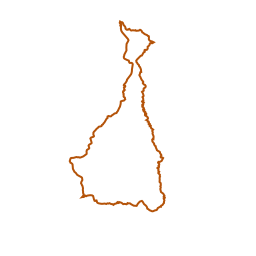 Calarca, Quindío, Colombia (Albers equal-area conic projection), rotated 132°
{"feature_id": "7082276B90066028966732", "entity_name": "Calarca", "entity_type": "district", "adm_level": 2, "iso_a3": "COL", "parent_name": "Colombia", "parent_adm1": "Quindío", "projection": "albers", "projection_center": [-75.682, 4.454], "detail": "fine", "context": "isolated", "style": "outline", "palette": "amber", "viewbox_px": 256, "rotation_deg": 132, "n_neighbors": 0, "source": "geoboundaries", "source_scale": "gbopen_adm2", "svg_char_len": 5841}
<svg xmlns="http://www.w3.org/2000/svg" viewBox="0 0 256 256"><g transform="rotate(132 128 128)"><path d="M192.3,147.6L192.0,146.6L192.0,145.4L192.2,144.8L195.2,141.6L196.4,138.5L196.3,136.8L196.8,134.4L196.3,132.0L195.8,130.2L195.7,129.1L195.8,128.8L197.2,127.1L199.3,126.6L200.5,125.9L201.0,124.4L201.4,123.8L201.5,123.1L202.0,122.4L202.9,121.1L204.2,120.2L205.5,118.6L206.3,118.0L206.9,116.6L207.4,116.3L208.8,115.9L210.1,115.9L209.4,115.4L209.0,114.8L208.7,114.7L208.0,114.5L207.2,114.8L206.9,114.7L206.8,113.8L206.5,113.3L205.6,113.1L204.6,112.3L203.1,111.0L202.1,109.6L201.9,108.4L203.9,105.4L204.5,104.1L204.1,103.5L203.2,103.3L202.9,102.9L204.0,101.1L203.9,100.2L203.6,99.4L202.2,97.1L201.4,96.2L199.7,94.7L199.0,93.3L197.8,92.9L197.3,92.0L196.3,91.5L195.8,89.7L194.4,87.7L194.5,87.6L194.9,87.8L194.9,87.4L194.5,87.3L193.9,87.3L193.3,87.2L192.5,86.5L192.1,86.3L190.2,86.2L189.7,86.0L189.7,85.7L190.7,85.6L190.6,85.2L189.6,84.6L188.7,84.6L187.9,82.7L187.8,80.6L186.7,79.8L185.6,78.0L185.1,77.9L184.1,78.1L183.7,77.2L183.0,76.5L182.6,75.8L182.6,74.8L181.9,71.8L180.1,69.5L177.7,70.0L175.2,70.0L174.4,69.8L172.9,68.9L172.9,68.0L173.8,65.2L173.7,62.9L173.9,61.6L174.3,60.6L175.0,59.8L175.0,59.4L174.7,58.6L174.7,56.9L174.2,55.9L174.1,55.1L173.6,54.2L173.1,53.7L170.9,52.7L170.4,52.2L169.8,51.9L169.2,51.8L167.6,52.3L164.9,51.4L164.5,50.9L164.1,51.3L163.5,51.4L162.4,50.9L161.4,50.9L160.2,51.2L159.6,51.1L158.8,51.9L157.3,52.6L156.7,54.1L155.4,53.9L155.1,54.0L154.9,54.5L155.4,55.1L155.4,55.4L155.1,55.6L153.8,55.8L153.7,56.6L153.2,57.8L153.4,59.7L153.5,60.6L153.3,60.9L151.7,63.2L150.4,63.8L150.0,64.1L149.7,65.0L148.6,65.3L147.2,66.7L147.0,67.3L147.1,68.1L146.8,68.6L145.0,70.0L144.0,71.1L143.2,71.6L142.8,71.6L142.6,72.1L141.4,73.0L141.3,75.2L140.8,75.6L140.0,75.4L139.6,75.5L139.6,76.8L138.0,77.9L138.2,79.0L138.1,79.4L137.8,79.5L136.7,79.2L136.2,78.9L135.6,79.5L135.4,80.2L134.4,80.2L133.8,80.8L133.7,82.4L133.5,82.6L132.7,82.7L131.9,81.7L130.0,81.0L126.8,81.8L126.9,82.7L127.8,83.6L127.8,84.2L127.1,84.8L126.0,84.9L125.6,85.5L125.4,86.8L125.2,87.4L124.6,88.1L124.5,88.6L124.9,90.1L125.1,91.7L124.2,93.3L124.0,94.1L123.0,95.2L123.2,95.8L122.8,97.5L122.1,98.2L121.7,100.8L120.5,102.2L119.4,102.3L119.2,101.7L117.4,103.1L116.9,103.7L115.8,106.0L114.6,106.7L114.0,108.0L113.5,108.3L112.4,108.2L112.4,109.4L112.7,110.5L112.2,111.3L112.0,112.2L111.2,112.4L111.0,112.6L111.1,112.9L111.8,113.3L110.4,114.4L110.5,114.9L111.3,115.0L111.3,115.3L110.9,115.6L110.0,116.0L109.5,116.8L110.1,117.6L109.3,118.4L109.3,118.7L109.7,119.6L108.8,119.4L108.0,119.4L107.4,119.6L107.2,119.9L106.9,120.5L106.8,121.6L107.1,123.3L106.3,123.2L106.0,123.4L106.6,124.1L106.6,124.4L105.9,125.0L105.3,124.4L105.1,124.4L105.1,125.7L104.7,125.6L104.5,125.8L104.5,126.2L105.0,127.0L104.8,127.5L104.9,128.2L104.8,128.3L103.7,127.9L103.5,128.0L103.4,128.3L103.9,128.9L104.0,129.3L103.8,129.4L103.2,129.2L102.7,129.4L102.4,130.3L102.6,131.6L101.6,131.8L101.5,132.8L101.3,132.9L100.8,132.3L100.5,132.3L99.6,132.9L99.3,133.9L99.1,133.9L98.6,133.4L98.4,133.4L98.4,133.7L98.9,134.6L98.9,135.3L98.5,135.4L97.7,134.9L97.2,135.0L96.4,136.1L95.7,136.7L95.4,137.9L95.2,138.0L94.0,137.8L93.5,138.1L92.2,140.3L91.8,141.8L91.4,141.8L89.9,141.3L89.5,141.5L88.9,142.3L88.3,142.7L87.6,142.7L86.3,142.3L85.5,142.5L85.0,142.9L84.6,144.0L85.0,145.3L84.9,146.5L84.7,147.1L83.8,147.3L83.4,147.7L83.0,150.3L81.7,153.2L81.2,154.8L81.0,155.0L79.6,155.4L79.1,155.8L78.4,156.1L78.0,156.2L77.5,155.7L75.8,157.6L74.7,159.8L74.7,160.9L73.9,162.1L73.9,163.7L73.4,165.0L73.4,165.7L72.5,166.9L71.1,167.1L66.5,166.9L65.5,166.7L64.9,166.2L64.7,166.2L61.3,167.0L60.7,166.6L60.3,166.5L59.8,166.8L59.4,167.6L59.1,167.8L58.6,167.7L57.4,166.4L56.9,166.3L55.8,166.5L54.4,167.8L53.1,167.5L52.0,167.6L51.5,167.7L50.7,168.3L50.4,168.3L49.8,168.0L48.8,166.7L47.1,166.2L47.6,168.1L48.3,169.4L48.5,170.2L48.5,170.9L48.1,171.9L46.4,173.3L45.9,173.9L45.9,174.3L46.3,174.9L46.2,176.0L46.5,176.8L47.1,178.6L47.1,180.3L47.4,181.4L46.8,182.6L46.7,184.2L47.0,184.8L48.3,185.1L49.7,186.4L50.3,187.0L50.3,187.8L50.7,187.9L52.3,190.0L53.2,190.6L53.6,191.4L53.4,193.3L53.9,193.6L55.0,193.8L55.1,194.2L55.7,194.5L55.8,194.7L55.9,195.5L55.8,196.4L55.2,196.9L54.6,198.1L54.4,200.1L53.3,202.3L53.4,203.3L54.1,204.0L54.2,205.1L55.4,204.5L55.6,204.0L55.6,202.8L55.9,202.1L56.6,201.7L55.9,202.4L56.2,202.4L56.7,202.0L57.0,202.2L57.2,201.8L56.9,201.4L59.0,199.7L60.2,198.1L60.8,196.2L61.9,187.7L62.4,186.4L63.5,186.0L66.5,185.3L69.4,183.0L71.4,181.0L76.0,179.8L76.8,179.2L77.9,178.8L78.6,178.0L78.8,177.4L78.8,176.8L78.1,174.3L77.4,172.5L78.4,171.0L78.5,170.4L78.3,170.0L77.4,169.2L77.1,168.6L77.1,167.8L77.6,167.0L81.9,164.2L83.2,163.1L84.7,162.2L85.9,161.7L87.6,161.5L92.7,161.1L93.4,160.7L93.6,160.5L96.0,160.0L98.3,160.0L99.0,159.8L99.1,159.2L98.6,158.3L99.0,157.8L99.4,157.7L100.6,158.1L101.1,157.3L101.8,156.8L101.9,156.0L102.4,156.2L103.1,155.8L103.6,156.1L104.0,156.2L105.0,155.4L105.4,154.2L106.1,153.8L106.2,153.4L107.5,152.4L107.7,151.9L107.5,150.7L108.1,150.1L108.5,149.3L110.3,149.4L111.8,150.5L112.3,150.7L112.8,151.0L113.1,151.1L115.0,149.6L117.6,148.2L118.7,148.0L122.4,146.9L123.4,146.9L124.3,146.6L124.8,146.7L125.9,147.5L126.6,147.8L128.0,148.0L129.2,148.4L130.5,148.4L130.9,148.6L131.5,149.3L132.0,150.4L133.1,150.9L133.6,150.6L134.2,149.9L135.5,150.1L139.8,149.2L141.1,149.3L142.0,149.0L143.1,149.4L144.2,149.0L144.6,149.1L146.7,150.6L148.0,150.5L149.6,150.8L151.2,150.7L153.6,150.8L154.6,150.6L156.1,149.3L156.6,148.1L156.9,147.8L157.6,147.8L159.7,149.0L160.9,149.0L163.1,145.4L163.8,144.9L166.5,145.7L167.5,145.5L168.8,143.4L169.6,143.2L171.2,143.7L171.9,143.8L173.1,143.2L174.4,141.8L175.1,141.4L179.0,142.2L181.8,143.6L182.3,144.1L182.6,145.0L183.3,145.6L184.1,146.9L186.6,148.5L188.3,150.2L189.1,150.3L191.3,149.3L191.7,149.0L191.9,148.3L192.3,147.6Z" fill="none" stroke="#b45309" stroke-width="2"/></g></svg>